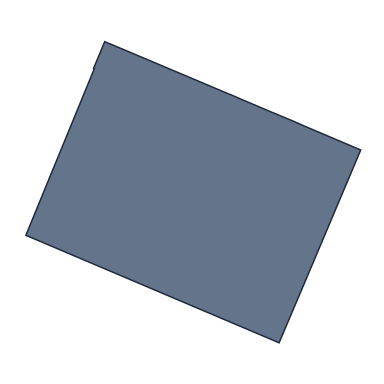 the district of Grant, Oklahoma, United States of America, rotated 23°
{"feature_id": "52423323B2994671035197", "entity_name": "Grant", "entity_type": "district", "adm_level": 2, "iso_a3": "USA", "parent_name": "United States of America", "parent_adm1": "Oklahoma", "projection": "robinson", "projection_center": [-97.776, 36.796], "detail": "fine", "context": "isolated", "style": "filled", "palette": "slate", "viewbox_px": 384, "rotation_deg": 23, "n_neighbors": 0, "source": "geoboundaries", "source_scale": "gbopen_adm2", "svg_char_len": 432}
<svg xmlns="http://www.w3.org/2000/svg" viewBox="0 0 384 384"><g transform="rotate(23 192 192)"><path d="M52.9,87.7L53.1,116.7L53.9,116.7L56.0,296.8L132.3,296.8L331.1,296.8L331.1,207.0L330.9,87.4L326.4,87.4L303.1,87.4L295.1,87.4L294.9,87.4L287.2,87.4L269.2,87.4L256.1,87.2L250.4,87.3L230.4,87.4L199.8,87.4L193.5,87.3L185.4,87.4L86.3,87.6L83.8,87.6L81.4,87.6L52.9,87.7Z" fill="#64748b" stroke="#1e293b" stroke-width="1.5"/></g></svg>